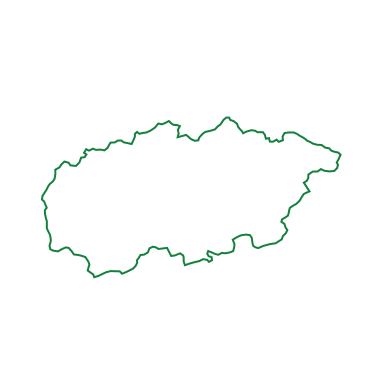 Itapirapuã Paulista, São Paulo, Brazil, rotated 71°
{"feature_id": "56859067B83985397288450", "entity_name": "Itapirapuã Paulista", "entity_type": "district", "adm_level": 2, "iso_a3": "BRA", "parent_name": "Brazil", "parent_adm1": "São Paulo", "projection": "equal_earth", "projection_center": [-49.22, -24.557], "detail": "fine", "context": "isolated", "style": "outline", "palette": "green", "viewbox_px": 384, "rotation_deg": 71, "n_neighbors": 0, "source": "geoboundaries", "source_scale": "gbopen_adm2", "svg_char_len": 3047}
<svg xmlns="http://www.w3.org/2000/svg" viewBox="0 0 384 384"><g transform="rotate(71 192 192)"><path d="M168.9,76.3L167.1,81.4L166.4,85.3L168.9,88.2L172.6,89.2L172.8,93.7L170.1,94.9L170.8,99.2L169.6,102.0L166.1,101.6L165.7,104.8L161.6,104.5L158.5,105.5L156.8,110.6L154.6,112.4L152.9,115.8L152.6,121.0L153.1,124.5L150.7,125.0L148.1,126.2L145.4,127.2L142.2,127.2L138.6,129.5L136.2,132.5L133.8,132.6L132.8,135.3L134.1,138.8L137.4,143.1L138.3,146.1L140.3,150.0L140.1,155.2L139.5,160.0L140.6,163.4L143.0,167.6L145.2,169.2L144.5,172.6L141.7,175.7L138.1,177.7L136.1,179.0L135.9,182.8L135.5,187.7L132.4,185.6L128.7,185.1L125.7,182.0L123.7,184.6L122.5,187.6L120.5,189.2L117.4,190.7L118.0,194.7L118.2,198.5L116.3,201.5L119.0,206.0L120.4,211.0L120.9,215.6L120.2,219.2L119.8,222.8L117.3,224.5L118.5,227.1L120.9,227.9L123.0,229.6L127.0,233.5L125.2,236.3L122.8,240.4L120.2,242.2L119.2,245.6L120.0,248.7L118.8,253.0L120.9,255.5L122.8,257.4L124.1,261.3L122.2,264.5L120.9,269.1L118.8,271.6L119.4,275.8L117.1,278.1L119.8,281.3L122.1,279.6L124.1,282.2L123.4,285.7L127.3,288.7L129.6,293.2L127.2,298.3L124.2,299.1L121.7,302.7L123.4,306.5L125.6,309.3L126.4,314.0L129.9,315.1L132.2,316.2L134.7,317.6L136.8,320.2L137.9,323.4L139.4,325.7L142.7,329.1L147.1,334.7L150.3,336.3L152.9,334.9L157.1,334.7L159.6,334.5L161.4,337.1L164.8,338.1L168.7,338.6L172.5,338.8L179.2,341.1L183.4,340.6L186.2,340.2L189.1,340.6L192.3,341.4L196.6,344.3L200.0,344.6L202.2,342.4L204.5,338.1L203.6,333.2L203.3,329.4L204.7,326.8L208.4,325.2L212.6,324.0L214.5,320.1L216.2,317.4L218.8,314.0L224.4,312.6L227.3,312.7L230.2,314.8L232.3,316.2L234.4,314.7L237.8,312.2L240.7,312.2L240.9,307.9L240.4,304.0L239.9,299.2L240.3,294.6L242.0,290.2L243.5,286.1L246.5,284.8L246.3,280.8L245.8,276.4L245.2,272.6L243.5,269.3L241.0,266.8L238.7,266.3L236.5,263.2L234.8,261.2L235.6,257.8L234.8,253.5L231.4,250.5L231.0,246.8L232.5,244.3L234.9,242.3L235.9,237.9L236.7,233.8L245.7,232.5L246.4,228.9L246.1,223.3L249.1,221.0L251.7,221.3L255.0,222.5L258.9,222.5L258.9,217.2L259.2,212.1L259.7,207.7L259.1,203.5L261.0,199.8L263.6,198.7L263.0,195.3L260.0,194.7L258.1,197.2L255.4,197.7L253.1,195.9L255.9,192.6L258.2,190.2L259.9,187.5L259.3,183.5L260.7,180.7L261.4,176.6L261.3,172.3L257.8,170.0L255.1,168.8L250.4,169.0L249.4,164.6L248.9,159.8L249.8,155.0L251.6,151.3L254.8,150.4L260.3,151.5L262.9,151.6L264.8,150.2L266.6,147.6L266.2,142.2L266.4,138.5L266.7,135.1L267.7,129.5L266.7,125.6L266.0,122.6L263.2,120.3L261.5,116.7L259.0,114.2L256.2,115.1L252.2,115.0L249.3,117.2L247.2,115.8L246.5,112.4L245.6,109.0L243.5,107.5L241.3,106.3L238.9,104.7L237.8,100.7L237.2,97.3L235.3,93.1L232.7,90.1L230.3,87.0L229.9,84.0L229.7,80.7L226.0,81.6L222.4,82.5L219.6,83.2L218.8,79.8L216.7,77.6L213.4,76.3L212.0,71.2L213.5,66.5L212.3,62.7L215.0,59.9L217.3,55.3L218.4,50.7L216.7,47.1L213.8,45.1L211.3,45.6L208.8,42.8L205.1,39.4L202.3,40.9L200.3,44.3L198.2,46.9L195.5,47.9L193.4,51.6L189.8,54.1L188.0,58.4L185.8,61.7L183.0,64.2L181.0,66.4L178.6,67.8L175.9,69.9L173.8,71.9L171.5,73.6L168.9,76.3Z" fill="none" stroke="#15803d" stroke-width="2"/></g></svg>